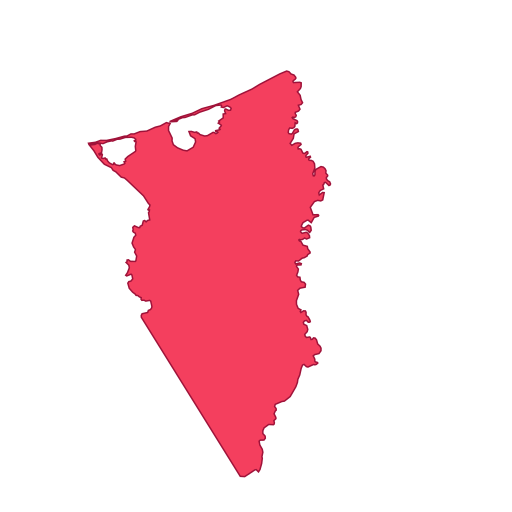 Brus Laguna, Gracias a Dios, Honduras (Albers equal-area conic projection), rotated 328°
{"feature_id": "27666195B63914214220022", "entity_name": "Brus Laguna", "entity_type": "district", "adm_level": 2, "iso_a3": "HND", "parent_name": "Honduras", "parent_adm1": "Gracias a Dios", "projection": "albers", "projection_center": [-84.625, 15.441], "detail": "fine", "context": "isolated", "style": "filled", "palette": "rose", "viewbox_px": 512, "rotation_deg": 328, "n_neighbors": 0, "source": "geoboundaries", "source_scale": "gbopen_adm2", "svg_char_len": 6107}
<svg xmlns="http://www.w3.org/2000/svg" viewBox="0 0 512 512"><g transform="rotate(328 256 256)"><path d="M126.3,247.2L125.9,434.5L129.5,437.1L141.8,436.8L143.0,437.3L143.7,440.4L146.2,439.2L150.8,435.0L154.2,430.8L154.6,429.4L157.8,426.1L158.9,423.2L159.1,418.3L160.5,414.7L162.0,414.4L165.2,416.3L167.3,415.5L168.3,413.6L167.7,410.2L169.2,407.8L171.8,406.0L177.5,405.6L181.4,408.3L182.2,408.2L183.2,407.2L183.9,405.1L186.7,404.5L187.3,403.3L187.7,399.4L190.1,397.7L191.5,397.4L192.2,396.0L192.0,393.5L193.7,392.0L200.8,393.1L203.2,394.1L210.5,393.3L220.5,388.0L224.1,385.2L226.1,382.8L230.0,380.1L234.7,375.3L237.7,373.1L239.3,373.4L240.1,376.5L241.2,377.7L247.3,378.5L248.3,379.5L249.8,379.9L251.7,379.5L251.5,378.5L250.2,377.3L250.2,376.3L251.2,374.6L251.6,371.0L253.5,370.7L257.7,372.1L260.9,370.8L262.3,368.6L262.5,366.4L261.7,363.3L262.9,359.1L262.6,356.9L261.4,355.9L259.6,356.5L258.4,356.0L258.9,353.8L258.6,353.1L255.7,351.9L255.2,350.2L255.8,348.3L259.3,347.3L261.0,345.7L262.1,341.9L260.4,339.2L261.0,337.3L262.8,336.7L264.7,337.4L265.2,339.8L266.0,340.4L267.2,340.5L267.7,339.1L267.9,335.2L267.2,334.0L267.3,332.3L268.6,330.3L268.8,328.8L267.3,327.7L264.1,327.7L264.1,326.5L265.6,325.5L264.0,322.8L264.7,318.5L266.6,315.3L271.9,311.1L273.1,307.2L276.3,306.6L281.1,308.5L283.1,306.1L282.8,303.8L280.8,301.9L280.8,300.0L282.0,297.3L280.3,295.8L280.2,293.9L283.1,291.7L285.0,289.5L284.8,286.3L285.4,285.6L286.4,285.6L289.4,287.4L290.4,286.5L289.3,285.0L285.4,283.7L285.6,282.0L287.1,281.2L289.5,282.8L294.0,282.3L296.0,283.0L299.4,283.1L300.5,282.2L303.5,282.1L304.0,281.1L303.7,277.3L304.6,275.0L301.6,271.7L301.8,267.5L300.8,266.3L300.8,265.1L301.5,264.9L302.5,265.9L304.3,266.6L306.7,266.5L307.9,268.4L311.2,268.9L312.1,267.1L312.0,264.0L311.2,262.5L307.1,261.2L306.6,259.0L307.5,258.2L308.7,258.2L312.0,259.8L313.2,261.3L314.0,264.5L316.4,263.5L317.8,260.5L317.8,259.0L316.8,257.6L311.9,257.9L310.7,257.0L310.0,255.1L311.1,254.0L313.6,252.6L318.2,252.7L319.2,253.2L320.5,257.0L325.8,254.1L330.0,255.2L330.7,254.7L330.5,253.8L326.2,251.3L327.8,243.5L334.4,240.8L337.8,241.5L340.1,243.6L342.3,243.8L347.4,238.4L346.1,237.4L342.0,237.8L342.7,235.6L345.3,234.5L349.0,234.9L350.2,231.3L351.1,231.3L352.9,230.0L353.8,230.2L354.3,231.2L355.2,234.9L356.3,235.1L357.4,234.4L357.8,232.1L356.8,230.2L356.5,228.0L357.4,226.6L358.9,226.3L359.6,225.5L359.1,222.7L360.6,220.7L360.8,218.5L360.2,216.3L358.5,214.6L352.6,214.3L350.7,215.7L349.0,218.4L347.8,218.9L347.1,218.4L347.7,216.3L352.5,212.6L354.5,208.8L354.6,206.0L353.6,204.3L351.9,203.1L351.7,202.3L352.4,201.4L354.6,201.1L354.8,200.1L351.1,199.0L350.8,198.4L351.6,197.2L354.5,196.4L355.0,195.0L354.5,194.5L351.6,194.8L350.6,194.1L350.3,193.1L350.7,189.4L349.9,188.2L348.5,187.6L349.0,186.3L349.9,185.8L353.3,185.3L353.6,184.0L351.4,182.2L348.9,181.2L345.0,181.1L344.6,178.6L350.0,176.0L353.0,172.6L357.9,172.9L358.6,170.9L358.3,170.1L357.2,169.5L355.4,169.4L352.0,171.2L350.6,171.4L348.8,169.7L348.8,168.3L350.5,166.3L352.4,165.3L354.5,167.0L356.2,167.2L357.6,166.7L359.8,163.8L360.6,165.3L361.7,165.1L362.5,164.0L362.5,162.9L360.1,159.2L360.0,157.8L360.8,157.7L362.0,158.9L363.5,159.0L364.7,158.0L364.7,156.1L365.4,155.0L368.9,155.6L371.1,154.8L371.8,150.6L374.5,151.4L376.7,150.7L377.1,147.2L378.6,143.1L378.1,138.7L382.4,137.5L384.0,136.3L386.1,133.1L385.2,131.9L379.7,128.8L379.7,127.8L380.4,127.1L383.1,126.8L384.1,126.3L384.4,125.4L384.1,122.6L382.2,120.3L381.6,117.2L380.0,115.4L372.8,114.2L350.0,112.4L341.0,112.3L327.4,110.5L317.5,109.8L300.2,106.0L288.2,102.4L277.6,101.2L266.1,98.1L254.6,96.3L254.3,96.7L260.1,99.9L261.0,99.7L259.7,98.4L266.9,99.7L269.2,100.9L276.9,102.6L278.7,103.7L284.4,104.2L293.4,106.4L301.6,107.1L306.3,109.4L306.5,110.2L305.5,111.3L307.0,112.8L311.1,113.3L312.8,115.8L313.2,117.6L311.6,118.9L309.8,117.8L308.3,115.3L307.6,115.0L306.3,116.2L305.7,119.1L303.4,118.2L301.4,121.5L295.9,121.8L296.1,123.0L294.4,123.3L295.8,126.3L295.7,127.1L292.5,128.1L292.3,128.9L292.7,129.5L292.1,129.7L288.2,128.3L287.9,129.1L289.2,130.3L289.2,131.0L287.6,131.2L286.7,130.9L286.0,129.1L285.1,128.4L278.6,128.2L276.1,127.1L272.8,123.3L272.4,121.2L271.4,120.7L271.5,119.4L269.4,118.6L267.2,116.1L265.1,114.9L264.2,119.4L266.5,124.2L265.2,127.3L260.4,130.5L253.2,130.3L250.3,127.7L246.7,122.5L244.9,117.8L245.8,113.9L247.4,111.5L248.3,103.3L250.5,99.8L253.3,98.2L250.7,95.4L243.8,95.0L238.8,93.4L229.6,92.2L223.7,89.1L217.3,87.9L214.6,86.2L210.2,85.9L207.8,84.6L199.1,82.0L190.5,78.8L185.5,75.6L180.2,74.5L173.7,71.6L173.5,72.8L181.7,76.1L185.8,79.6L190.3,80.3L194.5,81.8L195.4,82.6L200.0,83.4L202.6,84.8L208.0,86.2L213.3,89.3L215.2,91.2L215.9,93.3L215.4,93.9L213.8,93.8L213.8,94.6L214.8,95.3L214.6,95.9L211.7,99.1L209.9,102.9L209.2,103.4L200.0,103.7L196.4,104.5L195.7,106.6L194.0,106.2L194.0,107.8L192.9,108.1L188.3,107.1L185.8,104.8L185.2,103.7L185.1,102.0L184.5,101.8L183.7,102.8L182.7,102.4L181.0,99.4L180.5,97.0L180.8,94.6L180.0,94.4L180.0,92.9L178.0,92.3L176.9,91.0L179.4,88.7L179.4,88.0L176.9,87.5L176.7,86.7L177.1,86.0L179.7,86.6L181.7,84.3L182.9,82.2L182.4,79.8L183.1,78.5L181.1,76.2L178.6,76.1L173.5,73.7L174.3,80.8L174.2,88.5L176.0,97.8L180.2,104.5L180.2,107.6L181.7,110.3L183.5,117.7L185.8,120.1L186.9,123.6L192.5,145.4L192.6,154.4L193.1,156.6L191.7,157.9L189.0,159.3L189.0,160.0L190.0,160.5L189.0,161.8L187.8,162.3L185.0,169.1L182.8,168.4L180.9,168.8L180.4,166.9L179.0,166.6L175.8,169.6L173.6,169.4L172.4,170.3L171.3,169.6L168.9,166.0L166.7,166.4L165.7,168.7L164.7,169.4L164.7,170.8L165.7,172.8L165.0,174.7L162.4,175.4L157.7,179.4L157.0,183.5L157.2,186.2L157.0,186.9L155.1,188.4L154.8,192.8L151.6,196.4L150.7,196.6L146.7,194.0L145.8,191.6L144.5,191.1L143.6,192.5L142.4,192.6L143.3,196.4L142.3,198.9L138.2,202.0L135.3,203.3L135.8,204.4L140.4,205.2L140.7,206.4L139.3,210.1L136.5,211.0L134.6,210.3L132.9,211.1L131.4,216.2L132.2,221.2L133.4,224.4L133.4,225.8L134.9,227.0L135.4,228.8L136.6,230.5L135.6,231.7L135.7,233.1L137.6,234.1L138.6,235.8L142.3,237.3L142.8,238.5L141.0,243.6L139.9,244.8L138.1,245.5L135.9,245.1L134.2,246.5L128.8,244.6L127.2,245.6L126.3,247.2Z" fill="#f43f5e" stroke="#9f1239" stroke-width="1.5"/></g></svg>